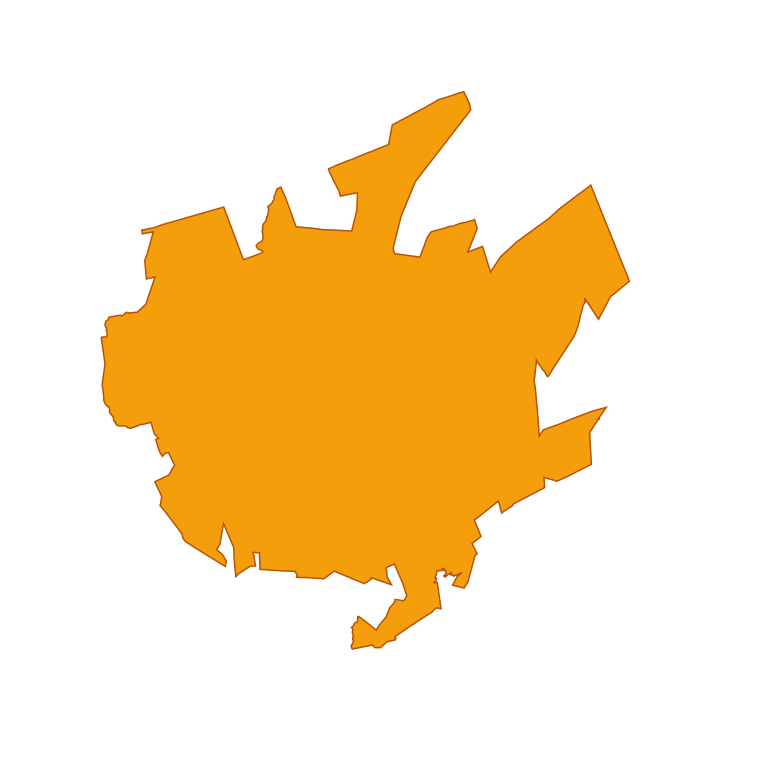 the district of Pueblo Nuevo Solistahuacán, Chiapas, Mexico, rotated 68°
{"feature_id": "50627088B52747419907097", "entity_name": "Pueblo Nuevo Solistahuacán", "entity_type": "district", "adm_level": 2, "iso_a3": "MEX", "parent_name": "Mexico", "parent_adm1": "Chiapas", "projection": "natural_earth1", "projection_center": [-92.879, 17.225], "detail": "fine", "context": "isolated", "style": "filled", "palette": "amber", "viewbox_px": 768, "rotation_deg": 68, "n_neighbors": 0, "source": "geoboundaries", "source_scale": "gbopen_adm2", "svg_char_len": 6158}
<svg xmlns="http://www.w3.org/2000/svg" viewBox="0 0 768 768"><g transform="rotate(68 384 384)"><path d="M141.7,217.4L140.9,224.7L140.9,227.8L141.9,233.8L142.1,236.2L143.2,243.3L143.5,248.0L144.1,254.3L144.4,256.1L144.9,260.1L145.7,268.3L146.6,275.6L146.7,279.1L152.3,282.8L163.7,290.0L163.6,295.1L163.7,309.8L163.5,310.5L163.5,322.9L163.8,327.1L163.4,336.0L163.4,343.9L163.5,345.7L163.7,354.8L167.2,355.2L171.5,354.8L173.7,354.8L177.2,354.5L188.2,353.5L193.5,354.1L194.0,350.6L195.4,343.7L195.6,342.3L195.7,342.2L196.0,340.5L196.9,337.0L213.1,344.3L230.1,356.7L220.5,377.1L218.1,382.7L212.8,391.9L205.3,406.6L174.6,405.5L162.7,406.0L163.2,410.2L163.1,410.4L164.1,411.1L164.9,412.0L167.1,413.5L168.0,414.4L168.7,415.4L169.3,416.0L170.5,416.3L171.7,416.8L173.2,419.1L174.1,419.9L175.0,421.8L175.4,423.2L175.7,424.2L175.9,424.9L176.2,425.4L177.7,425.4L179.1,425.6L180.4,426.5L181.4,426.9L182.3,427.4L183.3,428.3L183.5,428.6L185.7,430.5L186.6,431.0L187.7,431.9L188.2,432.1L188.7,432.7L189.6,434.5L189.9,434.9L190.5,436.0L191.8,437.1L193.5,438.1L194.1,438.1L194.8,438.2L195.5,438.6L195.7,439.1L196.3,439.6L198.1,440.0L198.9,440.0L199.6,440.4L202.4,440.9L203.1,441.3L205.1,442.9L205.9,443.9L206.2,444.5L206.3,445.9L206.0,446.8L206.4,448.1L207.0,448.8L207.2,449.6L207.5,450.5L208.2,450.7L209.0,450.8L211.7,450.3L212.2,449.8L212.9,448.6L214.2,447.9L215.7,446.6L215.9,446.7L216.7,448.1L216.1,467.8L159.9,466.3L153.3,529.1L152.9,539.1L150.5,550.8L154.2,551.9L156.5,540.9L174.6,554.7L179.9,559.6L197.7,564.9L198.9,556.2L220.9,575.0L225.1,586.3L224.5,587.3L224.4,588.0L223.7,589.6L223.7,590.6L223.4,591.1L223.4,591.7L223.1,592.4L223.1,593.1L222.5,593.7L221.5,595.1L221.2,595.6L221.1,596.3L221.1,596.7L221.3,597.3L221.6,597.6L221.8,598.5L222.3,599.3L222.7,601.6L221.3,602.9L219.0,614.2L220.9,615.3L221.3,617.6L222.3,619.0L223.1,619.6L224.2,620.1L224.8,620.7L226.9,620.5L228.9,620.5L230.3,621.4L231.5,621.3L234.2,622.0L235.6,622.9L236.5,624.1L235.7,625.3L234.8,628.1L234.9,628.7L261.0,635.2L279.4,645.8L283.2,646.5L291.4,648.8L293.9,650.0L295.2,649.8L296.8,650.2L297.6,649.9L299.0,649.6L300.9,648.9L302.6,647.8L304.7,647.8L305.9,648.5L307.6,649.2L308.8,648.6L311.1,648.2L312.7,647.5L314.3,647.7L316.3,648.2L318.2,648.0L318.3,647.0L320.3,647.6L321.7,647.4L323.2,646.0L324.6,643.2L324.8,641.9L326.6,639.0L328.8,637.8L329.1,636.5L329.8,636.4L330.3,634.6L330.0,633.1L330.5,631.7L330.1,628.9L330.7,627.8L330.1,625.4L330.9,623.7L331.2,622.2L331.2,621.6L331.3,621.6L331.9,616.7L332.3,614.7L332.5,614.4L340.6,615.3L344.8,615.5L345.1,615.2L349.9,613.3L349.8,616.4L351.4,616.6L362.9,617.5L368.1,616.6L366.2,612.7L366.9,609.6L380.9,608.5L383.0,611.7L385.5,614.5L387.8,617.5L388.8,633.1L391.0,633.0L399.2,632.5L403.3,632.3L405.4,632.3L406.7,633.3L411.3,635.9L412.7,637.2L420.1,634.8L446.5,627.6L448.3,627.5L450.1,628.0L451.6,628.2L453.6,627.8L455.8,627.0L471.3,616.0L493.7,599.5L489.1,596.5L481.6,597.7L474.8,601.2L471.7,596.6L453.3,585.1L479.7,584.6L489.0,588.1L507.1,593.6L505.4,589.7L502.9,576.6L502.9,576.3L503.4,574.8L503.7,573.4L504.7,571.4L503.9,571.0L496.6,569.6L495.7,569.2L491.1,568.5L492.4,565.6L492.9,564.8L493.8,562.5L497.6,564.2L505.1,566.7L509.4,568.5L517.9,550.9L518.8,548.9L519.2,548.3L521.4,543.1L523.7,538.4L524.1,537.5L524.1,536.8L528.3,536.0L530.4,537.5L531.6,535.2L533.9,529.5L541.9,513.0L542.0,512.5L538.9,500.3L539.0,500.2L561.7,477.1L560.3,469.2L558.9,468.3L573.0,452.3L565.6,453.1L563.0,453.2L561.3,452.5L559.2,452.0L558.0,451.4L557.2,451.1L555.3,451.5L555.0,448.9L554.8,441.8L576.9,441.3L589.0,442.3L592.4,446.8L587.9,454.4L588.8,454.8L590.4,456.5L591.6,458.4L592.9,461.1L593.5,462.5L596.4,465.1L600.5,469.2L601.2,470.3L602.5,472.5L603.5,474.5L605.2,477.5L605.8,478.7L608.5,482.4L609.5,483.4L606.0,485.2L604.9,485.9L601.2,487.9L595.6,491.1L590.6,494.2L590.7,494.4L589.8,495.0L590.1,495.7L592.5,496.5L594.7,498.2L594.5,500.1L595.4,501.8L596.8,503.1L597.6,505.4L599.7,504.6L602.2,506.4L603.4,506.5L605.0,506.5L608.0,508.3L609.2,508.7L610.4,508.2L611.2,509.2L612.3,509.4L614.3,512.5L616.5,512.8L617.9,512.7L621.6,492.7L623.0,492.0L625.0,491.3L627.1,486.0L624.1,477.6L625.5,469.8L625.1,468.8L624.6,468.6L624.1,468.2L623.4,468.5L623.4,468.8L622.5,468.6L621.4,464.8L620.3,458.9L618.4,450.9L618.4,450.4L617.8,448.3L617.7,446.0L617.3,445.3L616.4,440.8L614.1,428.6L613.7,425.6L611.9,421.6L611.2,419.1L613.8,415.3L587.8,408.9L587.7,409.8L587.2,412.0L586.6,412.1L585.8,409.5L584.0,408.0L582.8,409.6L581.2,407.9L581.0,407.2L576.8,404.7L577.7,403.9L578.0,401.5L578.7,400.7L576.8,398.8L577.4,398.2L577.9,397.3L579.0,398.6L580.4,396.7L580.5,396.9L582.4,397.1L582.6,397.0L583.5,398.6L583.9,399.1L584.3,400.5L585.7,399.8L585.7,398.5L585.1,398.8L584.8,396.7L584.5,396.0L584.9,393.9L583.7,393.2L584.4,392.1L584.9,392.5L585.5,393.1L586.3,393.4L587.2,391.2L588.2,391.5L588.2,385.6L588.0,382.1L589.8,388.1L596.2,395.8L603.2,386.2L598.8,380.2L577.4,364.0L576.4,361.3L564.9,362.1L561.7,351.1L544.0,351.2L541.6,342.7L535.4,321.8L547.7,323.2L546.3,317.7L545.0,310.5L543.8,309.1L543.5,307.4L540.2,273.8L530.5,270.7L532.6,268.0L538.9,260.0L538.6,250.3L536.1,221.8L506.1,211.5L503.9,208.3L500.8,204.1L497.3,199.0L497.3,197.7L496.8,197.5L496.5,198.1L488.9,186.7L487.2,201.3L486.8,218.6L486.7,230.6L486.9,236.3L486.5,243.8L486.2,253.4L490.3,259.5L463.6,250.9L462.6,250.7L458.8,249.6L454.6,248.2L451.6,247.4L450.5,247.0L444.7,245.3L435.7,243.2L435.6,242.6L424.2,236.4L421.8,235.0L418.9,233.7L422.3,233.3L426.9,232.0L429.3,231.9L432.8,230.4L434.0,230.2L435.1,230.3L437.7,229.9L438.6,229.3L410.7,189.5L403.2,182.6L398.7,179.3L393.0,175.5L389.1,172.2L385.4,169.7L383.7,166.9L379.7,165.8L404.4,160.8L387.5,140.9L387.6,140.7L387.4,139.5L380.6,117.9L277.0,117.8L277.6,119.2L281.4,134.2L287.4,156.0L292.2,168.8L301.9,207.5L309.7,228.3L320.1,243.3L293.4,241.1L293.1,256.9L274.9,239.4L265.4,238.4L265.7,240.5L265.1,242.7L264.9,246.6L263.7,252.4L263.5,254.3L263.4,262.0L263.1,262.3L262.5,263.5L261.9,273.2L261.5,275.4L260.5,282.8L261.2,284.6L263.3,287.5L263.7,288.3L279.8,303.2L267.2,325.2L262.0,325.0L235.0,305.4L208.0,279.0L162.4,201.0L156.8,199.8L142.9,200.5L142.7,202.9L142.6,203.2L142.3,205.7L141.9,214.1L141.7,215.7L141.7,217.4Z" fill="#f59e0b" stroke="#b45309" stroke-width="1.5"/></g></svg>